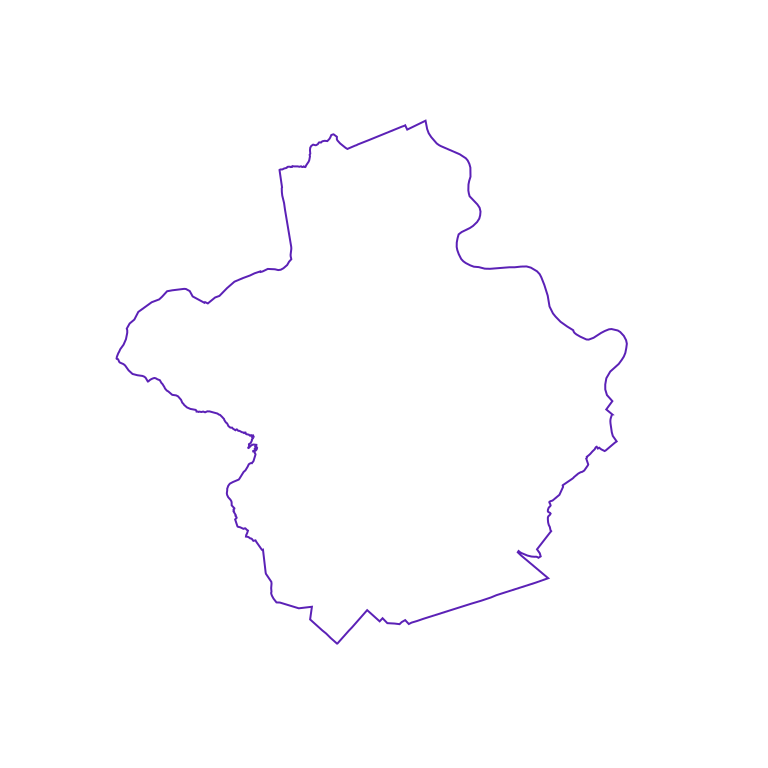 Seini, Satu Mare, Romania (Mercator projection), rotated 214°
{"feature_id": "2599482B17607964095904", "entity_name": "Seini", "entity_type": "district", "adm_level": 2, "iso_a3": "ROU", "parent_name": "Romania", "parent_adm1": "Satu Mare", "projection": "mercator", "projection_center": [23.303, 47.754], "detail": "fine", "context": "isolated", "style": "outline", "palette": "violet", "viewbox_px": 768, "rotation_deg": 214, "n_neighbors": 0, "source": "geoboundaries", "source_scale": "gbopen_adm2", "svg_char_len": 6166}
<svg xmlns="http://www.w3.org/2000/svg" viewBox="0 0 768 768"><g transform="rotate(214 384 384)"><path d="M496.8,625.5L507.0,607.9L511.1,610.3L511.4,609.6L513.2,607.2L533.1,577.5L539.7,567.9L540.3,566.7L541.3,565.4L545.8,558.4L547.9,558.3L554.9,558.9L558.9,559.9L560.0,560.6L561.3,562.6L565.4,562.8L566.0,562.2L566.9,560.9L566.4,558.3L566.3,556.7L566.8,553.7L569.1,552.5L570.6,551.0L571.0,550.3L571.3,548.9L572.3,548.5L573.0,547.8L573.0,545.8L573.8,544.1L574.4,543.6L576.6,542.8L577.4,540.8L577.3,538.7L576.1,536.4L573.9,533.7L573.8,532.4L572.7,531.4L571.1,527.7L570.8,526.2L570.8,521.8L570.5,520.1L570.6,519.8L571.7,519.3L572.2,519.5L572.5,518.8L573.2,518.1L574.5,518.1L575.6,516.8L577.1,516.2L580.2,514.1L581.8,513.4L581.9,512.9L581.7,512.4L582.8,511.6L583.4,511.6L585.2,510.3L585.5,509.8L585.6,508.7L587.4,506.7L588.2,505.1L589.9,503.9L590.3,503.0L578.4,489.9L578.3,489.2L576.0,486.0L573.7,483.3L568.1,478.2L563.6,473.2L537.5,445.7L536.4,444.2L533.7,438.9L532.8,437.7L530.6,435.6L531.1,432.3L530.8,428.5L532.1,423.7L533.5,421.0L535.4,419.3L538.6,418.1L544.7,414.4L547.6,409.4L549.0,407.8L549.5,408.2L553.2,403.4L555.8,399.0L560.2,392.9L565.2,385.2L567.7,375.9L569.7,365.0L572.4,361.3L575.1,352.3L578.2,351.8L578.3,350.9L591.6,349.6L597.0,352.4L601.3,352.0L602.8,351.2L611.9,343.3L615.7,339.6L616.8,332.2L617.7,328.4L622.3,321.9L628.0,306.4L627.0,297.8L628.7,291.9L628.2,286.0L627.0,285.1L625.5,282.9L623.0,276.9L621.9,271.0L622.1,265.4L621.6,262.5L621.5,260.9L620.7,257.3L619.9,255.5L619.6,255.4L618.7,255.8L618.1,255.7L615.9,254.3L614.9,254.1L611.1,254.8L609.0,254.6L603.4,252.5L598.1,251.7L593.3,253.4L588.8,255.6L587.0,256.0L585.2,255.9L581.2,254.0L580.8,254.4L580.4,256.2L579.6,258.0L578.5,259.7L577.7,260.6L576.4,261.1L574.5,261.2L572.0,261.8L569.1,260.4L567.6,260.1L564.3,258.6L563.0,257.8L560.4,257.1L558.6,257.2L553.5,256.6L550.0,258.3L547.9,258.6L543.4,257.4L540.8,255.7L539.2,255.4L538.1,254.9L534.2,254.4L530.5,255.1L525.7,257.2L524.8,257.0L524.0,256.3L522.9,257.0L522.2,257.1L521.7,257.8L519.7,258.7L518.5,260.0L516.5,260.5L515.2,262.5L513.4,263.7L505.5,266.4L504.0,266.3L502.6,266.7L499.9,266.2L497.0,265.5L496.2,264.8L493.6,263.7L492.0,263.6L489.4,262.1L487.0,261.9L485.5,262.9L484.5,262.5L481.3,262.6L480.9,263.9L480.6,264.1L478.6,263.7L477.7,264.3L474.8,264.6L473.7,265.1L472.7,265.0L472.4,265.2L472.3,265.9L471.7,266.3L470.6,265.5L469.9,265.5L467.8,266.4L466.3,266.2L465.7,266.6L465.6,267.3L464.5,267.5L463.9,268.2L462.6,267.4L463.5,266.1L462.3,265.6L462.5,264.2L461.9,263.2L461.5,260.5L462.3,258.6L462.0,258.1L461.0,257.0L460.9,255.2L460.6,255.1L460.4,255.3L459.7,259.0L458.8,260.4L458.1,261.0L455.8,262.2L455.4,261.5L455.9,261.0L455.9,260.2L455.5,260.0L455.1,260.8L454.7,260.5L455.0,258.2L454.8,258.1L454.5,258.6L454.3,260.0L454.0,260.3L453.5,260.1L453.0,258.5L453.1,257.3L453.3,257.1L453.7,257.3L454.7,255.9L455.0,255.2L454.6,254.9L453.7,255.4L453.1,255.3L452.5,254.5L451.5,254.1L451.1,253.7L449.1,247.1L449.1,246.2L449.3,245.3L449.2,244.5L450.0,244.1L450.8,242.9L451.2,241.8L450.8,239.2L450.6,234.9L451.2,232.6L450.9,224.6L451.0,223.5L454.4,218.3L456.0,215.3L456.1,214.8L456.2,212.6L455.4,209.4L454.7,208.5L453.2,205.5L452.0,204.3L449.8,203.0L446.6,202.2L444.9,201.4L444.1,200.6L442.4,198.2L438.5,197.3L438.3,196.7L438.6,195.9L438.3,195.4L437.5,194.9L437.7,194.6L437.6,194.3L433.4,192.3L433.3,192.1L433.5,191.8L433.2,191.5L431.6,191.0L431.3,190.4L431.7,188.5L426.4,184.4L425.8,184.0L425.1,184.0L423.1,184.8L419.6,185.3L419.3,185.5L419.0,186.2L418.2,186.8L416.3,186.4L414.8,186.4L414.0,183.5L413.8,181.8L413.1,180.3L411.5,181.1L410.5,181.3L408.5,181.2L407.8,181.6L407.0,181.7L404.6,180.9L403.1,182.5L401.5,181.7L392.6,178.3L392.2,178.3L391.7,179.0L376.5,161.3L375.7,160.6L366.8,157.0L365.6,155.6L363.4,151.7L361.1,148.8L360.7,147.6L359.6,146.6L358.3,145.7L355.6,144.3L351.0,142.8L348.1,144.6L329.2,150.4L319.2,159.0L313.6,147.5L297.3,145.2L292.5,144.8L286.2,143.6L277.8,142.5L277.5,142.8L275.2,159.9L274.4,164.5L271.5,187.1L254.9,184.8L254.2,189.0L247.5,187.6L241.3,191.3L236.8,193.6L236.2,196.5L234.4,200.1L229.2,198.9L227.7,201.6L224.0,206.1L220.1,211.3L188.8,250.7L182.3,258.6L176.0,266.8L172.7,271.8L147.2,304.1L139.3,314.8L174.3,318.5L179.0,319.3L179.0,320.8L177.4,320.6L175.6,320.7L169.1,322.0L165.3,323.4L162.5,325.0L161.1,326.0L159.9,326.3L158.8,326.3L157.7,328.7L160.2,330.8L164.7,332.5L163.3,353.6L163.1,355.5L164.2,355.9L166.6,358.2L168.6,359.3L170.5,361.0L172.3,363.2L173.4,364.8L173.8,366.1L173.3,368.4L173.4,369.7L174.2,370.0L176.4,369.8L177.1,370.2L177.8,371.5L178.3,373.7L177.9,375.5L177.9,376.4L178.9,377.3L180.6,378.2L180.9,378.5L180.9,379.0L180.4,380.0L179.1,381.6L176.6,390.2L178.0,398.8L178.3,399.2L179.1,399.7L179.2,400.0L174.9,410.8L174.5,412.1L174.4,413.1L172.9,418.3L171.7,420.7L170.5,422.1L169.6,424.2L169.5,430.5L169.7,431.5L174.7,435.3L174.5,436.0L174.8,437.1L175.1,437.2L174.3,439.7L173.9,441.4L173.5,444.6L172.8,447.8L173.0,448.9L173.0,450.1L172.6,450.9L170.6,450.1L170.0,451.5L167.4,451.3L163.6,451.8L163.0,453.0L159.8,464.4L159.0,466.5L165.3,468.9L168.2,471.4L174.2,478.0L175.6,479.8L176.5,481.4L177.0,482.8L177.9,486.0L177.5,486.4L185.5,487.2L185.1,497.5L193.0,499.5L197.5,503.2L200.3,507.3L202.9,513.1L203.4,520.8L200.6,531.9L200.4,537.0L200.5,540.8L201.3,544.7L203.3,549.4L205.2,553.2L207.8,555.7L212.1,558.0L217.2,559.2L220.1,559.1L226.1,556.8L228.1,555.1L230.6,551.4L232.6,547.7L236.1,539.5L239.1,535.3L241.1,534.1L247.8,533.0L252.3,532.7L254.6,532.9L256.1,533.5L257.2,534.4L264.3,534.1L272.4,534.3L279.5,535.8L283.4,537.0L290.1,540.8L297.7,548.8L306.5,555.8L313.2,560.4L316.3,562.1L320.2,563.0L327.3,562.6L331.5,561.2L336.0,558.0L341.0,553.8L345.7,550.6L360.5,538.8L364.9,536.0L370.8,533.9L375.1,531.5L378.8,530.6L383.9,530.0L386.9,530.1L389.9,530.8L394.7,533.5L398.1,536.0L400.4,538.3L402.8,542.0L404.5,545.9L405.8,549.8L404.6,553.4L400.0,561.4L398.6,564.8L397.4,570.3L397.5,574.4L398.6,577.6L400.4,580.9L403.3,583.6L407.0,585.1L418.0,587.5L420.2,589.4L422.3,591.6L425.5,596.6L426.9,599.9L428.2,604.2L433.4,611.7L436.3,614.2L439.6,616.1L442.4,616.9L449.6,616.8L470.0,613.0L472.1,612.8L474.8,612.9L482.9,615.1L487.2,616.9L490.8,619.5L496.8,625.5Z" fill="none" stroke="#5b21b6" stroke-width="2"/></g></svg>